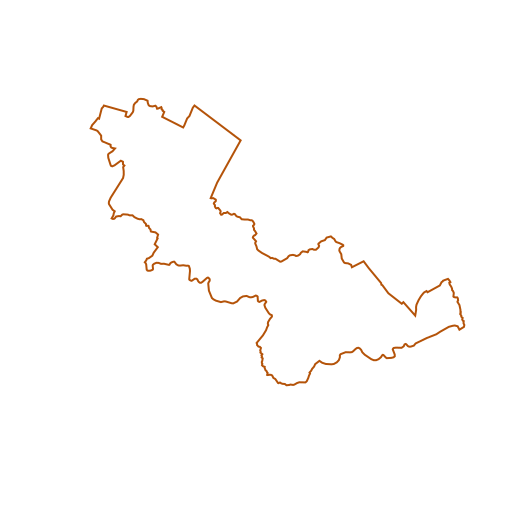 the district of Si Nakhon, Sukhothai, Thailand, rotated 125°
{"feature_id": "78962969B98677957537558", "entity_name": "Si Nakhon", "entity_type": "district", "adm_level": 2, "iso_a3": "THA", "parent_name": "Thailand", "parent_adm1": "Sukhothai", "projection": "mercator", "projection_center": [99.969, 17.386], "detail": "fine", "context": "isolated", "style": "outline", "palette": "amber", "viewbox_px": 512, "rotation_deg": 125, "n_neighbors": 0, "source": "geoboundaries", "source_scale": "gbopen_adm2", "svg_char_len": 6069}
<svg xmlns="http://www.w3.org/2000/svg" viewBox="0 0 512 512"><g transform="rotate(125 256 256)"><path d="M332.6,197.0L332.8,194.5L334.2,194.6L334.7,193.6L335.9,193.2L336.0,191.8L338.6,190.6L339.4,190.5L340.3,189.8L340.7,188.9L342.0,188.5L342.3,187.1L341.8,185.3L342.6,184.9L344.1,182.7L344.3,181.1L345.0,180.2L345.1,179.4L347.0,178.7L346.8,178.1L345.5,176.8L344.8,175.6L344.6,174.2L345.9,171.8L345.7,169.6L347.4,165.1L347.2,164.5L346.2,164.1L345.8,163.5L345.9,162.4L345.5,161.0L344.3,159.0L344.4,156.9L342.6,154.8L341.6,154.1L340.3,151.6L339.3,150.8L336.5,149.5L334.6,148.1L331.2,143.0L329.5,142.6L326.0,143.2L323.5,144.0L321.3,144.3L320.8,145.3L318.4,145.0L316.2,145.3L313.3,145.0L310.6,145.5L305.5,143.9L305.5,140.6L304.4,136.9L301.4,132.0L299.8,130.3L296.7,128.8L293.8,128.4L290.8,129.2L289.2,130.4L287.9,130.4L283.4,127.4L280.9,123.6L279.7,122.3L278.4,121.8L275.0,121.1L273.4,120.5L272.4,119.4L272.2,117.9L272.6,116.0L273.9,113.7L274.5,110.3L274.4,102.4L273.8,99.7L272.4,97.8L270.2,96.4L267.3,95.6L265.0,95.7L264.2,95.4L264.0,94.8L264.7,91.4L264.7,90.3L261.8,86.7L260.1,85.2L258.6,84.8L257.1,85.9L254.0,90.5L253.1,90.6L252.3,90.4L250.8,88.8L247.7,84.1L245.2,83.2L243.3,83.6L242.3,83.1L242.1,82.3L242.7,79.9L242.4,78.5L241.5,77.3L238.9,75.3L236.1,75.1L225.3,69.1L216.7,63.4L212.4,61.7L203.4,57.4L200.3,54.8L198.9,53.3L197.9,50.5L199.7,47.1L194.8,45.0L193.0,45.8L192.0,47.5L190.2,48.5L190.4,49.1L189.8,50.6L188.2,51.2L188.2,52.3L187.8,53.2L187.1,53.6L186.4,55.5L185.4,55.5L184.8,56.3L184.3,56.2L183.7,57.1L183.0,57.5L179.5,61.2L178.0,64.7L177.5,64.9L176.6,64.9L174.9,66.4L174.5,67.4L175.7,69.2L176.1,70.4L176.0,71.0L172.8,72.8L171.7,74.5L171.5,75.7L170.2,76.8L169.1,78.6L168.2,81.0L167.1,82.3L165.9,81.8L165.1,83.6L164.6,85.6L167.3,87.5L169.0,88.6L169.8,88.5L170.9,89.0L174.7,88.5L187.3,94.7L186.9,96.2L189.4,97.4L190.9,97.6L194.4,97.8L198.9,97.5L203.8,96.6L206.0,95.6L208.3,93.9L213.5,91.4L209.3,108.8L211.5,109.2L210.6,126.2L207.4,135.8L207.6,136.8L206.4,138.0L201.3,156.6L198.6,164.8L210.2,171.0L208.7,173.0L209.2,176.3L210.7,179.0L210.8,180.2L208.9,184.3L205.6,187.2L204.3,190.1L203.6,191.0L202.1,191.7L201.2,191.8L199.9,191.5L197.8,190.3L197.1,190.7L197.0,191.4L197.6,195.0L198.5,198.2L198.4,199.2L197.2,201.7L197.3,203.6L197.0,205.9L200.4,208.7L203.5,208.7L206.6,211.0L210.0,211.9L210.5,211.8L211.5,210.1L213.1,209.7L216.5,210.5L217.7,212.3L217.9,213.8L219.7,215.7L221.1,216.3L222.8,215.7L223.4,215.9L223.8,217.3L225.4,220.4L227.7,221.1L229.2,220.9L231.4,221.7L232.5,222.6L233.1,223.4L233.1,224.4L233.9,226.4L236.0,228.6L237.5,229.2L239.9,229.2L245.9,232.0L246.8,232.9L247.1,238.5L247.9,239.6L248.3,241.7L249.4,242.8L249.1,244.4L249.3,246.6L250.1,252.8L250.1,257.2L249.8,258.9L247.8,261.2L246.2,263.8L245.6,264.2L243.9,264.4L242.8,269.1L241.7,269.5L240.0,269.2L239.5,268.7L237.3,268.5L236.2,270.9L235.7,272.7L234.5,273.5L233.4,275.5L232.9,275.8L231.5,275.5L230.7,275.7L229.8,277.2L229.1,279.1L229.2,280.0L230.0,281.2L230.7,283.4L232.8,286.5L234.1,288.8L233.5,291.4L234.4,293.6L234.6,294.8L233.8,297.6L234.2,298.4L235.5,299.0L236.4,300.0L236.6,302.9L236.4,304.7L238.0,305.3L239.3,307.1L241.6,307.6L242.2,308.2L241.5,310.0L239.9,310.4L239.3,311.1L238.3,314.5L238.6,315.0L239.7,315.7L239.8,316.4L239.1,318.0L237.9,318.8L237.3,320.6L236.2,320.9L234.3,320.4L233.2,320.9L232.9,321.3L233.1,324.2L234.4,325.7L234.6,326.3L218.2,329.9L170.1,334.9L168.0,392.7L170.8,392.8L179.5,390.8L182.8,391.3L190.3,389.6L192.5,389.4L195.8,412.7L190.6,413.8L190.6,415.6L190.1,415.9L190.0,417.4L189.0,418.0L188.4,419.0L191.5,420.9L192.1,421.5L190.8,423.3L190.6,424.6L192.8,426.5L194.0,428.8L194.1,430.1L193.8,430.8L192.6,432.5L191.0,433.9L191.8,437.8L193.4,440.6L194.8,442.0L195.9,442.3L197.6,442.0L199.9,442.7L202.1,442.8L203.9,442.0L207.4,439.8L208.9,439.4L213.5,439.6L215.3,440.2L215.8,441.0L216.2,443.2L212.2,444.6L220.0,466.9L221.4,466.7L223.6,467.0L233.5,463.3L233.7,464.5L236.3,464.7L237.5,464.7L242.7,465.3L246.3,464.6L244.6,458.7L244.5,457.4L246.2,451.9L249.3,449.7L250.2,447.6L248.3,438.9L249.7,437.9L250.1,436.9L250.0,435.9L248.8,433.2L252.4,433.6L256.8,435.4L258.0,435.2L260.3,433.3L264.8,427.4L265.3,426.5L265.0,425.2L262.9,423.9L255.5,421.4L255.1,419.1L257.3,417.4L257.4,415.7L259.4,415.8L262.3,413.1L265.4,410.9L268.4,409.6L291.5,408.5L295.6,407.7L297.1,406.9L297.8,406.2L300.4,400.0L300.4,397.4L302.6,397.0L304.6,396.1L308.0,395.8L307.8,394.6L307.1,393.7L306.2,393.3L303.9,393.2L301.9,391.2L301.1,389.7L298.9,389.3L298.0,388.7L295.6,384.7L295.2,382.9L293.5,380.5L293.9,377.9L293.4,374.4L292.6,372.3L291.6,371.1L291.3,368.8L292.4,367.2L292.9,364.5L294.2,363.4L294.1,362.9L293.1,361.8L293.0,361.3L294.4,359.6L294.8,357.6L295.9,356.6L296.2,356.0L294.3,351.9L294.6,348.5L297.9,347.4L298.0,346.7L304.5,345.7L305.1,341.5L311.9,341.7L315.2,341.1L319.3,342.6L320.8,343.8L322.7,343.4L324.9,343.5L325.1,342.4L325.8,341.2L329.9,337.7L330.2,336.6L329.9,335.8L328.6,334.1L326.6,332.8L325.7,332.9L323.2,335.1L322.4,335.4L320.8,335.0L318.7,333.7L317.5,331.8L316.9,329.3L315.1,326.9L313.2,322.2L312.9,321.9L311.0,322.0L309.8,321.6L308.1,320.4L307.5,319.6L308.5,316.5L308.3,314.2L307.5,312.8L305.3,310.3L304.0,307.6L302.9,306.1L302.7,305.2L304.3,303.0L306.1,301.5L313.3,297.4L313.7,296.7L313.5,295.2L313.3,294.6L312.8,294.3L309.8,293.2L308.8,291.9L308.8,290.7L309.8,288.9L310.1,287.7L310.1,286.7L309.5,285.7L307.9,285.0L302.1,283.6L301.2,283.0L301.2,281.9L301.5,280.8L302.2,280.1L303.2,279.7L304.9,279.7L306.0,279.3L311.4,274.7L315.7,268.0L315.9,266.0L315.6,263.3L313.9,258.3L311.4,256.1L310.6,254.7L308.7,248.9L307.9,247.5L304.2,245.4L299.5,244.9L296.6,243.5L294.1,240.8L293.5,237.8L292.8,236.5L291.4,235.1L288.5,233.5L288.2,232.4L288.3,231.4L291.7,228.7L291.9,227.8L291.6,226.8L289.0,225.5L287.5,224.1L287.2,223.6L287.1,222.7L287.7,221.3L290.3,221.3L291.3,221.0L293.0,218.8L295.5,212.7L295.8,210.9L295.4,209.2L296.1,208.4L296.9,208.2L299.5,208.5L303.2,208.2L304.8,207.4L305.5,206.3L308.1,206.0L311.0,205.2L317.0,204.8L326.9,205.6L327.4,204.7L328.3,204.1L328.8,202.0L328.2,200.8L328.5,199.2L330.9,198.4L331.6,197.4L332.6,197.0Z" fill="none" stroke="#b45309" stroke-width="2"/></g></svg>